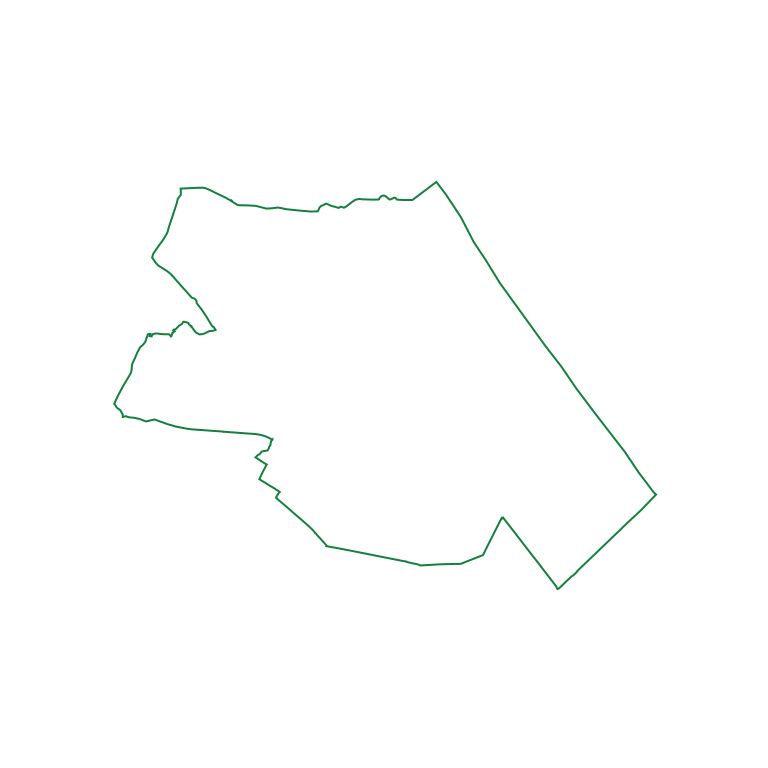 Schagen, Noord-Holland, Netherlands (Mercator projection), rotated 129°
{"feature_id": "6326949B3670086386110", "entity_name": "Schagen", "entity_type": "district", "adm_level": 2, "iso_a3": "NLD", "parent_name": "Netherlands", "parent_adm1": "Noord-Holland", "projection": "mercator", "projection_center": [4.782, 52.788], "detail": "fine", "context": "isolated", "style": "outline", "palette": "green", "viewbox_px": 768, "rotation_deg": 129, "n_neighbors": 0, "source": "geoboundaries", "source_scale": "gbopen_adm2", "svg_char_len": 5998}
<svg xmlns="http://www.w3.org/2000/svg" viewBox="0 0 768 768"><g transform="rotate(129 384 384)"><path d="M360.1,665.0L363.9,661.7L364.5,661.2L364.8,661.1L365.1,661.0L366.0,660.9L367.5,661.0L368.1,661.0L369.3,660.7L369.7,660.9L372.5,659.5L374.7,658.5L395.9,650.5L397.8,649.8L401.3,648.2L402.4,647.8L404.4,647.3L410.1,646.5L414.7,646.2L417.9,646.1L427.0,645.4L427.6,645.3L429.4,644.8L430.6,644.2L431.9,643.5L431.9,643.0L432.1,642.2L433.2,638.6L433.6,637.1L433.7,635.7L433.9,634.1L433.9,632.8L433.7,631.3L433.4,628.9L432.9,625.1L432.7,621.6L432.7,620.7L432.8,618.8L433.2,615.6L433.3,614.6L433.5,614.3L433.7,613.2L435.9,600.0L437.8,588.1L437.8,587.4L437.7,587.0L437.1,585.6L437.0,585.3L436.9,585.0L436.9,584.6L437.1,583.2L437.2,582.7L437.4,582.3L437.9,581.6L438.8,580.7L439.0,580.4L439.2,579.8L440.5,574.3L441.1,571.8L441.7,569.9L443.5,564.2L445.7,558.2L446.1,557.0L446.3,556.5L446.8,555.0L447.1,554.0L447.1,553.5L447.1,552.5L447.0,552.3L446.9,552.0L448.0,548.9L449.4,549.8L450.2,550.4L452.1,552.3L453.0,553.1L456.7,554.8L458.3,555.7L459.4,556.4L460.9,557.9L461.7,558.8L461.8,559.9L462.3,561.9L462.3,562.7L462.2,563.4L462.1,564.0L461.8,565.3L460.9,568.4L460.8,569.2L460.8,569.4L460.7,569.4L460.5,569.5L460.3,569.7L460.2,570.0L460.2,570.4L460.4,570.9L460.6,571.1L460.6,571.3L460.4,573.2L460.3,573.5L459.7,574.5L459.7,574.8L460.8,577.2L461.7,578.9L461.9,579.1L462.2,579.1L464.3,578.8L464.6,578.9L466.8,579.6L468.1,580.0L469.0,580.1L472.2,580.3L472.7,580.6L474.2,581.6L474.6,581.7L474.9,581.7L474.9,581.0L474.8,579.8L477.4,580.6L477.5,580.3L477.7,580.2L478.1,580.3L480.7,579.3L481.1,579.4L480.7,581.0L480.7,582.2L480.8,582.6L481.0,582.9L482.1,584.2L484.5,587.2L485.0,587.8L485.4,588.8L486.0,589.4L486.3,590.0L486.9,591.2L487.6,592.1L488.4,593.1L489.1,593.8L490.7,594.9L490.9,595.2L493.3,594.5L494.2,596.2L492.2,597.1L492.5,597.6L492.9,598.0L493.4,598.4L494.2,598.7L496.2,597.9L497.9,597.4L501.0,596.2L501.5,596.1L502.7,596.0L503.9,596.0L504.7,595.9L507.9,596.5L508.5,596.6L509.1,596.6L510.5,596.4L511.2,596.1L512.4,596.0L514.6,595.6L520.3,593.9L525.4,592.7L527.6,592.0L529.1,591.0L530.6,589.9L532.5,588.7L533.8,588.1L535.2,587.6L536.1,587.4L549.6,585.5L558.0,583.9L561.7,583.1L566.4,581.9L569.3,581.1L569.3,580.2L569.4,579.9L570.1,578.1L570.5,576.5L570.5,575.8L570.5,575.3L570.3,573.4L570.5,572.0L571.0,570.7L571.7,569.1L571.8,568.6L572.0,568.0L572.9,567.2L574.0,566.3L573.6,565.8L573.4,565.6L572.5,565.2L572.1,564.9L571.5,564.3L571.4,564.1L570.9,562.6L570.3,561.2L569.5,559.8L568.3,558.2L567.3,556.5L566.3,554.6L565.2,552.3L564.4,550.3L564.1,549.0L563.3,546.6L563.1,546.0L562.9,545.6L562.3,545.0L561.1,543.9L560.1,543.2L559.8,543.1L555.9,539.9L554.7,536.2L553.4,532.6L551.6,527.4L551.2,526.4L550.7,525.2L550.3,524.3L548.2,519.3L547.8,518.6L547.7,518.4L547.6,518.0L546.9,516.7L546.6,516.2L543.5,510.4L542.0,507.8L541.7,507.4L540.6,505.4L538.8,502.8L538.7,502.8L535.8,498.5L535.6,498.2L534.5,496.7L525.5,483.7L525.3,483.6L522.4,479.3L522.3,478.9L522.2,478.9L511.8,463.9L508.2,458.7L507.0,457.0L505.1,454.3L503.8,452.4L502.4,450.1L501.2,447.8L500.3,446.0L500.1,445.4L499.1,442.7L498.5,440.3L497.9,437.8L497.6,435.7L497.4,435.7L497.5,435.6L498.8,435.8L499.3,435.8L499.6,435.7L500.6,435.1L501.7,434.7L502.3,434.3L502.7,434.0L503.0,433.8L503.4,433.7L504.6,433.7L505.3,433.6L506.4,433.1L507.7,432.8L508.8,432.6L509.3,433.0L513.5,436.6L516.7,436.5L517.4,436.7L518.5,437.3L521.9,437.7L521.1,429.9L520.9,427.8L520.7,426.4L520.3,424.5L522.1,424.3L523.2,423.9L524.8,423.6L527.2,423.2L533.2,421.8L535.7,421.0L536.4,421.0L536.4,420.7L536.4,420.2L536.2,419.2L536.1,417.8L535.7,415.4L535.4,413.5L535.4,412.4L535.1,410.8L535.1,409.7L534.8,408.2L534.6,406.9L534.0,402.6L534.0,401.2L533.8,400.4L533.7,399.8L533.6,398.1L533.6,397.0L534.8,397.2L537.3,396.9L539.4,396.6L540.4,396.3L540.5,394.2L540.9,378.3L541.1,374.3L541.3,367.7L541.5,360.7L541.9,352.2L542.1,349.9L542.2,348.1L542.5,346.5L542.6,346.1L542.7,345.6L542.8,344.9L543.2,343.6L543.0,343.1L543.3,341.7L543.6,340.5L543.9,338.3L545.3,329.1L545.5,328.4L545.5,328.2L545.7,327.4L545.7,326.6L546.2,326.6L543.9,322.4L540.9,317.0L537.0,309.7L520.1,277.7L519.8,277.1L509.4,257.4L508.3,255.7L507.9,254.8L508.1,254.6L504.7,247.6L503.7,245.8L503.1,244.5L502.5,243.2L502.4,242.6L502.3,241.7L488.7,226.8L486.1,223.7L484.4,221.8L475.5,211.2L454.6,199.4L443.5,201.9L414.3,208.2L414.4,207.6L412.9,207.4L416.5,192.1L418.3,184.4L424.5,158.3L426.2,150.6L427.1,147.2L429.3,137.9L430.5,132.8L432.9,123.0L434.2,120.1L432.6,119.4L415.5,117.2L413.7,116.5L413.1,116.4L410.2,116.0L409.5,115.9L407.9,116.1L406.9,116.0L375.3,112.0L336.8,107.2L320.7,104.9L298.7,103.0L298.5,106.2L292.5,130.4L285.3,153.7L278.7,181.7L273.3,204.3L266.4,232.0L258.8,257.3L252.9,282.5L232.5,357.9L223.9,382.2L217.2,403.6L205.9,429.3L197.6,455.7L194.0,470.5L223.1,477.7L228.1,483.8L230.9,487.6L232.4,489.7L232.6,490.3L232.5,490.5L232.3,491.1L232.2,491.7L232.1,492.2L232.2,492.5L232.5,493.1L232.9,493.4L235.8,494.7L236.6,495.3L237.1,495.7L237.2,496.0L237.2,497.2L237.0,499.7L237.2,501.7L237.5,502.5L238.2,503.3L238.6,503.6L239.4,504.2L240.4,504.4L242.0,504.5L243.0,504.2L243.5,504.1L243.9,504.2L244.1,504.4L244.6,505.0L247.5,508.4L252.1,514.4L254.8,518.0L255.4,519.3L258.5,522.0L258.9,522.2L260.8,522.8L262.9,523.5L264.1,523.7L269.4,525.0L271.1,525.6L271.8,525.9L272.0,526.0L272.5,526.7L273.0,528.3L273.2,528.8L273.4,529.0L273.9,529.5L275.0,529.7L275.3,529.9L275.7,530.2L275.9,530.5L277.2,533.8L278.3,536.0L278.9,537.5L279.9,541.9L280.1,542.2L280.3,542.5L280.7,542.8L282.3,543.4L285.5,545.0L286.3,545.1L287.6,545.1L291.4,544.1L295.3,548.5L296.4,549.9L297.0,550.8L304.3,561.7L309.5,569.7L310.2,570.8L311.4,573.5L312.7,575.9L313.6,577.4L314.2,578.1L318.2,581.9L321.6,585.7L322.0,586.4L325.9,595.0L326.4,595.9L330.8,602.1L336.2,609.0L337.1,610.8L337.9,617.7L337.3,617.8L337.3,618.0L337.9,617.9L338.1,619.9L339.1,625.3L341.8,636.6L342.3,639.0L342.8,641.3L343.6,644.1L344.1,645.8L344.9,647.4L345.3,647.9L345.9,648.9L347.5,650.8L353.2,657.3L357.3,661.8L360.1,665.0Z" fill="none" stroke="#15803d" stroke-width="2"/></g></svg>